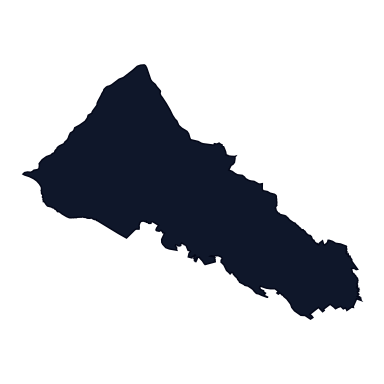 Asuaju De Sus, Maramures, Romania (Natural Earth projection)
{"feature_id": "2599482B13284448425950", "entity_name": "Asuaju De Sus", "entity_type": "district", "adm_level": 2, "iso_a3": "ROU", "parent_name": "Romania", "parent_adm1": "Maramures", "projection": "natural_earth1", "projection_center": [23.177, 47.572], "detail": "fine", "context": "isolated", "style": "filled", "palette": "ink", "viewbox_px": 384, "rotation_deg": 0, "n_neighbors": 0, "source": "geoboundaries", "source_scale": "gbopen_adm2", "svg_char_len": 6015}
<svg xmlns="http://www.w3.org/2000/svg" viewBox="0 0 384 384"><path d="M346.3,246.2L340.5,244.0L335.6,243.3L332.5,241.4L329.1,240.3L328.1,240.3L327.5,242.5L324.9,244.9L324.1,244.9L323.4,243.8L322.5,240.8L319.2,243.4L318.7,244.8L317.4,244.4L317.5,243.9L317.0,243.4L316.2,243.4L314.3,241.6L314.0,240.5L313.6,240.6L313.3,240.0L312.3,239.6L312.2,238.8L311.6,238.3L311.7,237.3L311.3,236.6L310.7,236.5L310.7,236.0L310.2,235.5L308.3,235.2L307.5,234.3L306.6,233.9L304.8,231.2L303.5,230.4L303.1,229.7L301.4,229.8L300.4,228.2L299.4,227.6L297.8,225.8L296.1,224.6L295.2,223.3L293.3,222.6L289.4,219.9L287.4,217.4L286.2,216.9L286.1,216.3L285.4,216.1L285.1,215.7L280.5,214.6L279.5,214.0L279.1,213.3L277.7,212.8L276.9,211.4L275.9,210.3L276.0,209.4L275.7,208.5L275.2,208.1L276.2,206.0L276.8,205.3L276.6,204.8L276.8,202.2L276.5,200.4L276.6,199.1L276.3,198.1L276.3,196.1L275.7,195.2L274.5,194.3L269.9,193.1L267.5,191.6L262.9,190.7L262.2,188.7L262.3,183.7L260.2,184.1L258.7,184.0L254.1,181.4L250.8,181.0L248.7,180.4L245.5,178.6L244.5,177.1L242.3,175.4L237.4,174.8L234.8,173.4L232.3,171.5L228.7,170.0L231.1,165.3L232.9,164.3L234.4,162.4L235.0,158.4L234.8,157.3L235.6,156.2L234.6,156.5L231.1,156.3L228.3,155.9L227.8,155.3L226.2,155.1L225.6,151.8L224.5,148.9L223.6,146.8L222.2,146.6L222.0,144.8L220.8,144.4L219.1,143.1L216.9,144.1L214.4,143.7L214.0,144.9L213.4,145.1L203.2,143.8L201.2,143.2L198.2,141.5L190.6,139.7L189.8,138.0L188.6,133.8L187.0,131.4L181.6,128.1L178.7,125.4L176.8,120.9L174.9,119.0L172.5,115.3L170.1,110.3L166.3,103.7L162.3,97.6L160.7,95.5L160.0,93.4L160.4,91.4L160.2,90.8L156.6,86.6L155.3,84.5L151.9,81.6L150.6,79.6L146.7,68.0L145.4,65.6L144.2,64.9L140.6,65.2L137.3,66.3L132.6,70.5L123.4,77.6L119.1,79.2L111.6,84.9L109.4,86.0L107.3,86.5L106.1,87.3L104.0,89.4L103.6,91.0L102.0,93.5L101.3,95.2L98.1,101.1L97.2,103.2L97.0,105.2L93.0,110.6L92.2,112.0L91.8,113.3L88.2,115.2L87.4,118.0L85.1,121.3L79.4,125.3L74.8,127.7L73.8,130.5L72.6,131.7L70.4,133.0L69.1,135.7L68.2,138.4L66.9,140.3L65.0,141.9L63.9,143.8L59.6,145.8L58.2,146.8L57.2,147.8L57.1,148.6L55.6,150.1L54.9,151.1L54.7,152.1L53.8,153.1L52.5,153.5L50.8,155.1L46.5,156.6L42.2,159.7L39.2,163.6L39.4,165.4L39.1,168.0L38.6,169.0L37.1,169.7L33.9,170.2L32.3,171.6L30.5,172.3L27.6,172.0L24.6,172.6L23.0,174.1L24.4,174.9L29.3,176.5L33.6,178.6L36.7,180.8L39.4,183.8L41.3,186.9L41.6,189.2L41.2,190.5L41.6,191.8L41.5,193.1L41.8,193.9L42.7,194.7L42.9,195.7L42.4,197.0L43.4,198.5L43.0,199.3L43.3,200.1L43.4,201.6L44.3,201.6L46.1,204.4L47.5,206.0L51.6,207.0L52.3,207.6L54.3,208.2L54.9,209.1L55.9,209.5L56.4,210.0L57.5,211.6L59.3,211.7L62.1,213.9L66.7,216.6L69.3,217.7L71.2,217.8L73.1,217.6L73.9,217.8L74.6,217.4L76.1,217.7L77.5,217.2L81.8,217.1L82.7,216.8L84.0,217.3L85.9,217.4L87.1,218.1L89.6,218.3L91.5,217.9L93.2,219.0L94.5,219.5L96.4,219.5L96.5,220.4L97.5,220.7L118.2,233.3L126.5,238.0L134.9,229.7L136.4,229.0L139.0,229.1L139.2,227.7L139.0,225.3L140.0,222.5L141.2,221.3L143.3,221.0L145.2,221.6L146.3,221.2L146.4,222.2L148.3,222.6L148.6,223.3L149.0,223.4L150.9,223.3L151.0,222.2L152.6,221.6L158.7,225.3L156.7,228.0L156.0,229.8L156.1,230.2L156.7,230.7L159.2,231.2L160.9,230.3L162.6,231.8L162.7,232.7L164.6,233.2L161.7,239.4L161.8,242.4L162.8,244.3L165.8,247.6L169.3,248.9L176.8,250.2L176.4,249.1L176.6,248.5L176.5,247.2L175.9,246.8L175.4,246.1L175.7,244.8L176.7,244.8L178.1,245.8L179.7,245.9L180.7,245.5L180.5,244.9L180.7,244.3L181.7,242.9L182.3,243.5L183.6,243.9L184.2,244.7L185.4,244.9L186.3,245.9L188.1,250.4L190.0,250.7L190.5,251.5L189.1,253.3L188.3,256.9L191.9,257.9L192.3,256.6L193.6,256.0L194.9,254.9L195.4,255.4L194.2,256.4L193.8,258.2L194.8,258.7L194.3,259.9L194.5,260.7L195.5,260.8L195.4,261.5L195.9,261.6L196.7,259.9L196.3,259.4L196.5,258.8L197.1,258.9L197.3,258.4L196.8,257.5L197.6,257.3L198.8,257.4L199.3,257.1L200.1,258.4L202.5,260.9L204.3,263.7L205.1,264.5L215.2,261.8L215.2,261.0L214.7,260.5L215.1,259.7L214.4,258.8L215.0,257.7L213.8,256.8L210.2,256.2L211.0,255.7L213.8,255.9L218.1,255.6L220.9,256.8L221.7,257.5L222.3,259.0L221.1,260.2L221.4,260.9L221.0,262.0L223.9,264.9L226.6,270.5L228.8,272.4L230.1,273.9L231.5,272.4L232.2,272.5L233.3,273.3L233.8,274.1L233.6,274.5L234.3,274.8L234.5,275.5L237.3,278.2L237.8,279.5L239.1,281.0L239.6,282.2L243.9,284.4L244.9,285.3L248.0,286.0L251.3,288.2L252.9,289.4L254.3,291.3L256.4,293.4L258.7,293.9L261.7,295.3L266.9,297.2L268.1,297.3L264.4,295.5L264.3,293.6L265.1,293.8L265.5,293.2L263.6,292.0L263.7,291.0L263.3,290.6L262.4,290.5L261.8,290.0L260.8,289.7L260.1,289.0L260.0,288.3L259.5,288.0L260.4,286.1L266.2,288.1L270.3,288.7L275.0,288.7L278.8,291.7L278.5,291.9L278.0,291.6L277.9,292.0L276.9,293.0L278.3,294.1L279.6,293.2L280.5,293.2L282.0,294.9L282.6,295.1L282.8,294.9L283.9,296.5L286.8,298.9L290.7,304.1L291.8,307.4L294.5,310.8L300.9,315.3L305.1,315.5L310.5,319.1L312.9,317.5L311.8,316.0L309.8,314.3L318.5,307.4L322.6,311.7L324.2,310.4L323.4,309.3L330.1,304.2L333.8,307.0L335.5,308.7L338.1,307.3L340.9,306.4L343.3,308.9L345.4,307.8L346.4,309.2L346.9,310.4L351.2,307.4L351.8,307.1L353.4,307.4L353.3,307.0L352.5,306.8L353.3,306.2L356.6,298.8L361.0,300.4L360.5,299.8L361.0,299.4L360.9,298.9L360.2,298.8L360.0,298.2L360.3,297.8L358.8,297.6L357.5,296.6L358.5,296.4L357.5,296.0L358.0,295.4L357.9,294.7L358.8,294.1L358.6,293.9L358.2,294.2L357.6,293.6L357.7,292.8L357.4,291.7L358.4,291.5L358.0,291.1L358.5,290.6L358.4,290.1L359.0,289.8L358.4,289.2L358.6,288.7L358.1,288.8L358.3,288.4L357.3,288.4L356.7,287.9L357.4,287.5L357.0,287.0L357.4,286.8L357.4,286.5L357.1,286.3L357.5,286.0L357.4,284.9L356.7,283.6L357.2,283.3L357.6,282.6L357.5,281.3L357.9,280.7L357.4,278.3L356.0,276.8L355.6,275.8L354.0,274.3L353.8,273.6L353.0,273.4L352.4,272.7L351.5,268.6L352.6,268.3L354.3,268.4L356.2,269.6L357.6,269.3L352.2,261.8L351.3,260.4L351.8,260.1L351.7,259.4L350.7,258.3L349.9,256.1L347.9,256.7L348.6,256.0L348.1,253.8L347.3,254.3L346.8,253.6L346.2,253.5L346.2,252.4L346.8,252.4L347.1,252.0L346.3,251.0L346.6,249.6L346.3,249.3L346.6,249.0L346.3,248.8L346.3,247.5L346.5,246.6L346.3,246.2Z" fill="#0f172a" stroke="#020617" stroke-width="1.5"/></svg>